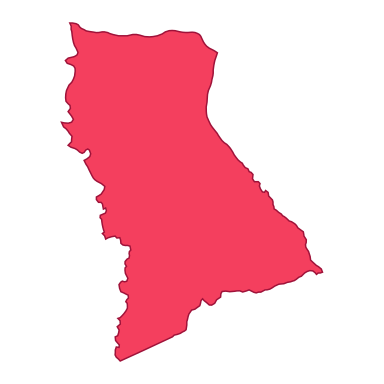 the district of Itaí, São Paulo, Brazil
{"feature_id": "56859067B26422761030240", "entity_name": "Itaí", "entity_type": "district", "adm_level": 2, "iso_a3": "BRA", "parent_name": "Brazil", "parent_adm1": "São Paulo", "projection": "albers", "projection_center": [-49.058, -23.483], "detail": "fine", "context": "isolated", "style": "filled", "palette": "rose", "viewbox_px": 384, "rotation_deg": 0, "n_neighbors": 0, "source": "geoboundaries", "source_scale": "gbopen_adm2", "svg_char_len": 4255}
<svg xmlns="http://www.w3.org/2000/svg" viewBox="0 0 384 384"><path d="M107.8,32.6L104.5,31.9L102.0,31.9L98.9,32.5L96.3,32.6L93.5,32.1L91.3,31.8L89.3,31.5L86.2,30.9L84.0,29.6L81.5,28.5L79.9,27.2L78.2,24.8L76.1,23.7L72.4,23.0L69.8,23.0L71.2,26.2L71.1,29.3L71.8,31.6L72.2,35.4L72.7,38.8L73.5,42.5L74.5,45.5L76.1,48.2L78.0,52.4L77.2,54.7L75.5,56.0L73.7,56.8L68.2,58.1L65.4,60.5L67.2,63.3L71.1,64.6L73.7,66.0L75.1,68.4L75.2,71.2L74.6,76.0L73.3,79.4L71.8,82.2L69.0,85.1L66.5,90.5L65.8,94.1L65.6,97.8L66.0,101.3L68.1,103.7L70.0,105.4L70.4,108.4L68.1,111.6L71.5,116.0L73.4,119.3L71.6,122.2L68.3,123.2L64.2,122.9L61.5,122.3L63.6,126.9L66.2,128.9L68.2,131.3L69.4,133.3L72.0,136.3L71.6,139.4L71.5,141.8L69.8,143.5L68.1,145.3L70.9,147.2L74.9,148.5L77.3,149.9L79.7,152.1L82.2,153.3L84.1,152.4L85.8,150.0L87.8,149.0L89.4,150.1L90.7,153.8L89.8,156.6L86.9,158.9L84.1,160.4L85.9,164.1L87.7,166.8L89.1,169.9L92.0,175.7L93.3,178.0L94.7,179.6L97.0,181.3L101.4,183.6L104.8,186.4L104.2,189.6L101.2,194.1L98.9,195.6L96.4,197.0L96.4,199.6L98.5,202.3L101.2,202.4L102.4,203.9L103.4,209.1L105.6,208.0L106.4,210.7L105.4,213.1L100.3,215.3L100.1,217.7L101.6,219.3L101.9,221.9L102.3,224.6L102.9,227.4L103.5,229.7L104.3,232.1L102.4,233.5L104.6,235.8L105.7,239.1L108.0,237.8L111.6,236.7L115.1,236.1L116.9,238.0L119.8,237.7L120.6,240.1L120.9,243.3L122.9,245.0L125.4,245.5L127.3,245.4L130.0,246.1L130.8,250.1L129.4,251.5L129.1,253.5L129.5,255.5L129.1,258.0L127.0,259.2L125.1,261.5L125.0,263.9L126.5,266.3L125.1,267.9L125.0,270.3L125.4,273.4L126.5,275.6L127.9,278.3L126.7,281.3L124.4,281.8L122.3,281.1L120.7,282.2L119.0,284.6L119.6,288.4L120.9,291.7L123.7,292.9L125.8,294.0L128.2,295.2L128.4,298.1L126.8,299.7L125.8,301.7L127.2,303.3L127.4,305.5L127.4,308.2L125.9,311.0L123.9,313.7L122.1,315.7L120.1,317.7L117.9,318.4L120.1,320.7L120.3,324.1L117.2,326.7L119.1,330.0L118.7,332.5L117.7,335.7L115.2,336.9L115.6,340.6L117.6,343.0L119.3,344.9L119.0,347.4L116.3,347.0L115.3,350.0L115.3,352.5L115.1,354.9L116.3,357.2L118.5,359.1L120.2,361.0L142.5,350.8L172.5,336.8L174.2,335.1L177.3,334.4L180.4,333.3L182.4,332.0L184.5,331.0L186.1,329.7L186.8,325.0L186.8,321.6L187.4,319.7L188.1,316.5L188.9,314.0L191.6,310.1L194.9,309.2L197.2,307.5L199.8,305.7L200.5,303.3L201.0,300.6L202.6,298.8L204.1,300.6L206.5,302.5L209.3,305.0L211.7,305.1L214.7,303.3L216.6,299.8L220.6,297.1L220.9,293.6L222.1,291.5L225.7,291.1L229.8,291.7L234.3,291.3L236.9,290.9L239.7,290.8L242.7,292.0L246.5,290.9L249.1,289.9L253.9,292.3L256.2,292.9L258.6,292.1L260.9,292.1L265.1,289.9L267.2,289.8L269.9,289.1L272.2,287.8L274.7,286.1L278.8,284.2L281.7,283.9L283.9,283.7L287.5,282.3L290.6,281.8L292.5,281.1L294.3,280.6L296.3,279.3L298.9,277.2L301.4,276.2L304.6,273.0L307.1,271.5L309.8,270.6L312.8,270.9L315.1,272.7L316.5,274.4L318.2,273.0L320.2,273.0L322.5,272.2L321.3,269.0L318.5,266.7L316.3,265.4L312.8,262.2L310.6,260.1L310.1,256.4L308.5,251.4L307.3,249.7L305.8,247.2L305.5,244.6L306.2,242.5L306.3,239.7L304.0,236.1L303.7,234.0L303.3,231.8L300.5,229.8L297.8,227.8L296.4,225.4L294.8,223.8L291.5,221.7L289.2,221.0L286.2,218.1L284.2,216.6L282.5,215.7L281.4,214.1L278.7,212.4L276.3,210.2L274.1,208.9L273.9,206.7L273.0,204.5L273.0,202.0L272.4,199.9L270.4,197.8L268.7,196.1L268.1,192.4L265.6,190.5L264.5,192.3L262.4,191.9L260.5,189.0L259.4,186.0L260.0,183.5L258.3,181.7L254.4,181.7L252.5,178.8L253.0,174.5L251.1,172.4L249.2,171.7L247.9,168.8L245.2,167.6L243.2,165.0L242.3,163.2L240.4,162.0L238.1,160.0L236.2,157.6L234.2,154.9L232.8,152.2L231.6,150.3L230.3,148.3L228.8,146.5L226.8,144.4L224.3,142.8L222.0,140.6L219.9,137.7L218.2,135.2L217.2,133.4L214.7,130.3L212.1,127.0L210.5,124.6L208.6,120.6L207.0,116.9L206.5,114.0L206.3,111.6L206.2,107.0L207.0,102.2L207.5,94.4L208.4,90.5L210.5,85.6L211.5,82.2L211.9,79.7L212.9,75.6L213.2,73.1L213.2,70.0L213.8,65.4L214.3,62.8L214.9,60.2L216.7,55.0L217.4,52.8L215.2,51.3L213.5,50.3L209.3,48.2L206.6,46.2L204.9,44.2L203.4,41.9L201.8,38.5L200.8,36.3L199.5,34.6L197.6,33.5L195.0,32.5L192.3,32.2L190.4,32.3L187.9,32.5L185.9,32.5L182.8,32.3L180.3,31.9L175.1,30.7L172.1,30.5L169.1,30.7L165.3,31.9L162.3,33.9L157.4,35.8L153.0,36.6L149.5,36.9L144.7,36.6L139.9,35.2L136.5,34.5L132.8,34.5L127.2,35.8L123.3,35.8L118.6,35.8L113.2,34.6L109.6,33.5L107.8,32.6Z" fill="#f43f5e" stroke="#9f1239" stroke-width="1.5"/></svg>